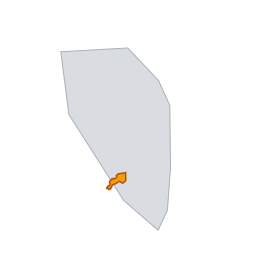 La Sorciere, Dennery, Saint Lucia shown in context, rotated 145°
{"feature_id": "8701671B33968538338102", "entity_name": "La Sorciere", "entity_type": "district", "adm_level": 2, "iso_a3": "LCA", "parent_name": "Saint Lucia", "parent_adm1": "Dennery", "projection": "albers", "projection_center": [-60.886, 13.974], "detail": "fine", "context": "in_parent", "style": "filled", "palette": "amber", "viewbox_px": 256, "rotation_deg": 145, "n_neighbors": 0, "source": "geoboundaries", "source_scale": "gbopen_adm2", "svg_char_len": 2381}
<svg xmlns="http://www.w3.org/2000/svg" viewBox="0 0 256 256"><g transform="rotate(145 128 128)"><path d="M168.7,172.9L139.3,229.0L82.3,193.7L75.8,149.4L80.8,122.5L115.8,71.3L142.9,38.0L162.0,27.0L173.1,71.2L168.7,172.9Z" fill="#d9dde1" stroke="#a8b0b8" stroke-width="1"/><path d="M160.2,86.1L160.0,86.3L155.6,92.7L155.8,92.7L156.2,92.9L156.8,93.3L157.0,93.4L157.1,93.5L157.3,93.7L157.6,93.8L157.8,93.8L158.1,93.8L158.2,94.0L158.4,94.1L158.5,94.1L158.8,94.1L159.0,94.3L159.3,94.6L159.5,94.7L159.7,94.8L160.1,95.0L160.4,94.9L160.8,95.1L160.9,95.3L161.1,95.4L161.2,95.5L161.4,95.6L161.9,95.8L162.1,95.9L162.3,95.9L162.4,96.0L162.5,96.1L162.8,95.9L163.0,95.7L163.3,95.7L163.6,95.7L163.8,95.7L163.9,95.8L164.0,95.9L164.3,95.8L164.5,95.8L164.5,95.7L164.8,95.6L164.9,95.4L165.0,95.3L165.1,94.9L165.2,94.7L165.3,94.6L165.3,94.4L165.6,94.2L165.8,94.2L166.1,94.1L166.6,94.0L166.7,93.9L166.8,93.9L167.0,93.8L167.3,93.8L167.5,94.0L167.7,94.3L167.9,94.4L168.1,94.4L168.2,94.5L168.4,94.8L168.5,94.8L168.9,94.7L169.0,94.6L169.3,94.6L169.5,94.7L169.6,94.9L169.7,95.0L169.8,95.1L170.1,95.0L170.6,95.0L171.0,95.1L170.9,95.4L170.8,95.5L171.0,95.5L171.1,95.4L171.3,95.4L171.7,95.4L172.0,95.4L172.2,95.5L172.3,95.6L172.4,95.8L172.4,95.7L172.6,95.3L172.7,95.2L172.9,95.1L173.3,94.9L173.5,94.8L173.7,94.7L173.8,94.8L174.0,94.7L174.2,94.2L174.3,94.1L174.5,93.9L174.6,92.5L175.2,92.2L175.7,91.9L175.9,91.9L176.1,91.8L176.2,91.7L176.8,91.7L176.9,91.8L177.0,91.7L177.1,91.8L177.3,91.8L177.7,91.7L177.8,91.8L178.0,91.8L178.0,91.7L178.3,91.7L178.4,91.4L178.5,91.4L178.8,91.4L178.9,91.2L179.0,91.2L179.3,91.1L179.5,91.1L179.8,91.1L180.0,91.1L180.1,90.9L180.2,90.7L179.9,90.5L179.7,90.5L179.4,90.6L179.3,90.4L179.2,90.4L179.1,90.2L178.9,90.0L178.9,89.9L179.0,89.9L178.9,89.8L178.8,89.7L178.9,89.3L178.9,89.2L179.0,89.1L179.0,88.9L178.9,88.8L178.9,88.7L178.7,88.6L178.5,88.4L178.4,88.4L178.2,88.3L178.2,88.2L177.9,88.1L177.7,88.1L177.4,88.0L177.2,88.0L176.8,88.3L176.7,88.4L176.6,88.5L176.5,88.8L176.4,88.8L176.2,88.9L175.9,88.8L175.7,88.9L175.6,89.0L175.6,88.9L175.4,88.9L175.3,89.0L175.2,89.1L175.1,89.3L174.9,89.4L174.7,89.4L174.6,89.5L174.4,89.6L174.4,89.8L174.3,90.0L174.2,90.1L173.8,90.2L173.7,90.3L173.4,90.4L173.2,90.4L172.9,90.4L172.6,90.2L172.4,90.1L172.2,90.0L171.9,90.0L171.7,90.0L170.8,89.5L165.7,89.4L164.0,85.8L160.2,86.1L160.2,86.1Z" fill="#f59e0b" stroke="#b45309" stroke-width="1.5"/></g></svg>